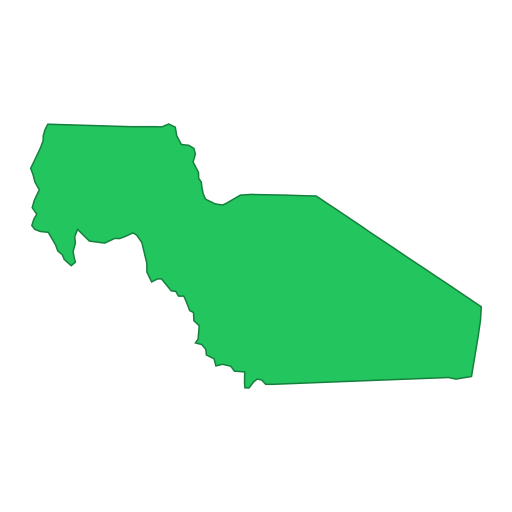 Mantenópolis, Espírito Santo, Brazil (Equal Earth projection)
{"feature_id": "56859067B5994146036846", "entity_name": "Mantenópolis", "entity_type": "district", "adm_level": 2, "iso_a3": "BRA", "parent_name": "Brazil", "parent_adm1": "Espírito Santo", "projection": "equal_earth", "projection_center": [-41.118, -18.871], "detail": "fine", "context": "isolated", "style": "filled", "palette": "green", "viewbox_px": 512, "rotation_deg": 0, "n_neighbors": 0, "source": "geoboundaries", "source_scale": "gbopen_adm2", "svg_char_len": 1505}
<svg xmlns="http://www.w3.org/2000/svg" viewBox="0 0 512 512"><path d="M31.8,225.5L34.8,229.4L40.3,231.5L48.2,232.3L55.6,244.9L57.8,251.0L62.3,254.8L64.2,259.4L71.2,265.7L75.4,262.2L74.1,257.3L73.1,251.5L75.4,243.1L74.7,236.7L77.6,229.4L89.4,241.1L104.7,243.1L114.8,238.4L119.5,238.6L124.7,236.7L133.0,232.9L136.7,235.1L141.8,242.5L146.8,263.1L146.9,272.1L151.6,281.9L157.6,278.9L161.5,278.9L171.3,290.9L175.8,291.4L178.5,296.1L183.8,296.1L186.4,301.9L189.7,310.6L193.5,312.5L193.9,320.8L199.2,325.7L198.1,339.1L195.4,342.9L201.9,344.6L205.8,349.4L206.4,355.0L214.1,358.8L215.9,365.9L222.5,364.3L230.7,366.2L234.5,371.2L244.7,371.9L244.5,382.6L244.9,387.8L249.0,388.0L253.5,382.1L257.1,379.1L261.6,379.9L265.7,384.3L273.6,384.3L350.0,381.3L448.5,377.5L455.8,379.1L471.5,376.5L478.2,336.1L480.5,320.2L481.3,306.8L454.2,288.5L447.1,283.7L441.5,280.0L436.0,276.4L426.9,270.2L415.1,262.4L406.5,256.7L394.9,248.8L366.8,230.1L363.1,227.4L332.1,206.6L326.6,203.0L316.2,196.0L306.9,195.8L285.5,195.1L257.9,194.6L251.2,194.4L240.4,195.1L226.3,203.3L222.5,205.0L215.2,203.9L205.6,199.2L203.1,193.5L201.9,187.2L201.3,182.0L198.7,178.4L198.5,172.4L193.1,162.0L195.4,154.0L193.9,148.4L188.8,145.3L181.4,144.5L176.7,135.7L175.3,127.2L168.7,124.0L161.8,126.9L156.9,126.7L143.0,126.7L131.2,126.7L47.8,124.2L44.9,129.9L43.3,135.5L43.1,140.7L40.5,147.7L36.0,157.3L30.7,168.3L33.1,174.8L34.9,182.0L39.3,189.7L34.2,200.6L32.2,207.7L36.8,214.3L34.0,218.7L31.8,225.5Z" fill="#22c55e" stroke="#15803d" stroke-width="1.5"/></svg>